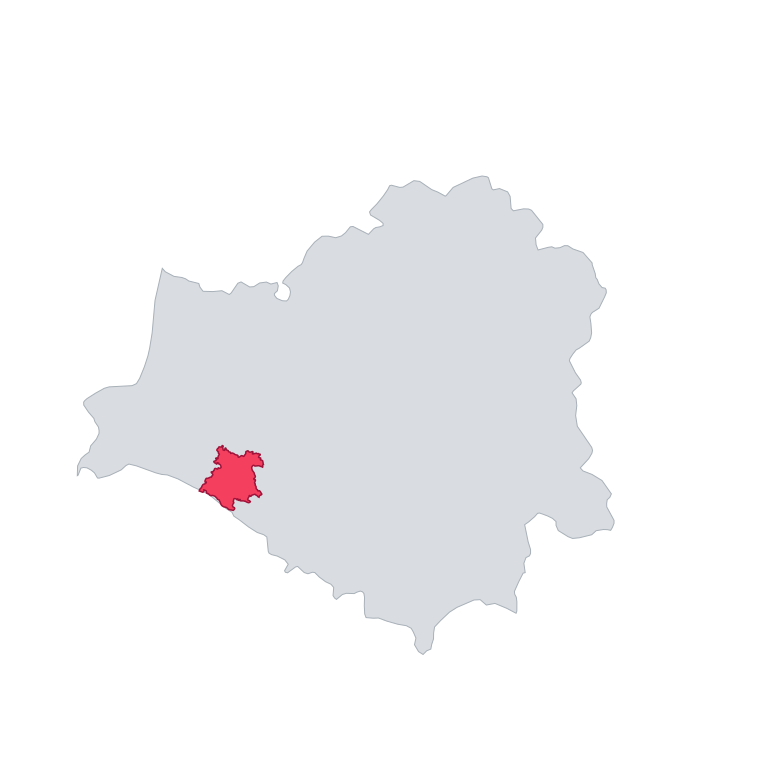 location of Pinsk, Brest, Belarus, rotated 24°
{"feature_id": "67162791B61405599198646", "entity_name": "Pinsk", "entity_type": "district", "adm_level": 2, "iso_a3": "BLR", "parent_name": "Belarus", "parent_adm1": "Brest", "projection": "mercator", "projection_center": [26.193, 52.204], "detail": "fine", "context": "in_parent", "style": "filled", "palette": "rose", "viewbox_px": 768, "rotation_deg": 24, "n_neighbors": 0, "source": "geoboundaries", "source_scale": "gbopen_adm2", "svg_char_len": 9820}
<svg xmlns="http://www.w3.org/2000/svg" viewBox="0 0 768 768"><g transform="rotate(24 384 384)"><path d="M597.9,539.7L587.3,539.0L574.6,539.3L567.4,544.3L559.6,541.9L554.1,544.7L541.5,558.4L536.6,565.8L531.9,577.1L529.0,585.4L530.6,591.3L532.9,596.7L533.5,602.5L534.6,607.1L531.5,610.4L529.7,615.2L524.4,614.4L517.9,609.8L516.5,603.1L511.5,598.5L508.2,596.1L502.8,595.7L494.1,597.9L482.7,599.5L474.2,600.0L469.5,602.3L462.6,604.7L459.9,601.9L456.1,594.4L453.0,586.8L450.8,583.5L448.9,582.6L446.6,582.8L443.9,585.2L442.0,587.6L434.8,590.5L431.6,593.2L428.2,600.1L425.9,599.6L423.5,598.0L420.8,590.3L417.0,588.5L411.0,588.4L403.5,586.7L397.5,584.4L395.3,585.0L391.7,588.3L387.8,588.7L379.3,585.8L377.6,587.1L372.7,595.7L370.4,596.1L369.1,595.0L369.8,587.6L364.9,585.0L356.5,584.6L350.7,585.6L347.8,585.3L346.3,583.9L339.2,571.4L335.4,570.6L328.6,571.2L318.5,569.7L307.0,566.9L300.6,565.8L297.3,563.0L290.2,562.0L271.0,556.7L263.2,555.8L251.7,555.7L234.2,554.5L223.0,555.2L217.8,557.0L211.7,558.0L191.0,559.5L183.5,560.9L181.4,563.5L178.9,569.3L170.3,579.3L162.0,585.9L160.5,586.4L155.6,582.9L151.6,581.8L146.8,581.4L143.4,582.5L141.3,584.2L141.6,591.8L141.1,592.5L137.4,583.4L137.7,575.1L139.8,570.4L142.3,566.2L141.2,559.8L143.7,551.3L143.8,545.2L142.7,542.5L140.7,539.5L135.3,536.1L132.9,533.4L125.5,529.9L118.3,525.4L117.0,522.7L117.4,520.9L118.7,518.0L124.2,509.7L130.2,501.7L134.1,498.4L154.5,488.0L157.7,484.4L158.5,478.2L158.1,465.7L156.9,454.3L155.3,446.4L151.4,431.6L140.8,400.7L134.4,368.5L138.5,370.4L148.3,371.1L156.1,368.9L160.1,368.6L163.7,369.3L173.9,367.5L176.5,370.4L181.0,372.9L190.0,369.2L198.0,364.7L206.2,365.2L207.4,362.9L209.5,351.4L211.9,348.9L221.8,350.0L225.5,348.0L229.3,342.3L235.1,338.7L240.0,338.7L245.0,334.8L247.5,337.4L248.7,342.2L247.1,346.0L247.8,347.5L251.3,349.4L257.3,349.3L261.2,347.8L262.1,345.6L262.1,341.6L261.1,337.9L258.6,334.7L253.8,333.1L250.4,333.0L249.9,331.0L251.0,326.7L254.0,318.6L257.6,311.4L259.8,308.6L260.2,306.1L259.8,301.7L259.7,293.8L262.9,282.6L267.3,274.2L273.2,271.5L280.4,270.0L285.0,266.0L287.3,261.4L289.3,254.1L291.6,252.7L308.9,253.6L311.5,246.3L313.0,244.3L316.3,242.1L318.7,239.6L317.8,237.6L313.4,236.3L303.0,235.1L300.8,232.7L301.5,229.8L304.3,222.3L306.9,212.6L308.3,205.0L308.5,200.6L309.9,199.4L318.4,198.0L321.3,196.4L328.6,186.1L334.2,184.4L348.5,187.0L355.1,186.8L363.5,187.5L364.2,186.5L367.2,176.3L381.4,159.8L389.0,154.1L393.8,152.8L395.5,153.1L403.1,161.8L404.9,162.2L410.0,158.5L418.8,158.2L422.9,161.3L428.7,171.9L431.7,173.2L440.3,167.2L445.0,165.3L448.1,165.3L464.2,173.6L465.4,176.2L465.5,179.3L463.0,189.0L466.3,194.9L470.2,198.9L478.5,192.3L481.5,190.4L484.9,190.4L489.3,187.9L492.6,184.2L495.7,182.9L501.6,183.8L512.3,182.9L524.8,188.7L525.8,190.5L532.1,197.3L534.2,200.7L536.3,201.8L539.6,205.1L544.0,207.2L547.1,206.5L548.6,207.6L550.0,210.3L550.1,214.7L549.6,227.3L545.2,233.9L544.6,236.2L544.8,239.0L548.3,244.4L552.9,252.9L554.0,257.7L554.0,261.4L547.7,272.1L545.7,274.6L544.3,279.9L543.5,285.2L543.9,287.4L554.3,295.9L562.0,300.5L563.7,302.7L563.9,304.1L559.8,313.2L559.4,315.6L565.5,319.4L568.9,325.3L571.9,334.9L577.8,344.0L599.5,357.4L601.5,359.8L602.1,362.7L601.4,368.9L597.4,380.8L601.2,382.5L610.8,382.0L622.4,383.5L636.4,391.9L636.4,395.6L635.0,399.0L636.0,402.6L637.5,405.7L649.6,415.0L650.8,417.7L651.0,422.2L650.6,425.5L647.3,426.2L643.6,427.7L637.5,431.7L635.1,437.2L625.2,444.9L619.1,448.4L614.3,448.6L602.8,447.0L598.7,443.2L597.1,439.7L592.6,438.2L586.7,438.0L578.6,438.6L576.9,439.7L575.6,443.9L572.2,451.2L569.7,455.3L580.0,469.7L585.2,475.6L586.8,479.2L586.8,481.8L584.3,484.8L584.7,490.9L589.7,498.9L588.0,500.2L587.5,509.9L587.5,520.4L588.9,522.9L591.6,525.0L593.9,528.8L597.7,537.4L597.9,539.7Z" fill="#d9dde1" stroke="#a8b0b8" stroke-width="1"/><path d="M315.9,538.3L315.8,537.9L315.8,537.7L315.7,537.3L315.8,536.9L316.0,536.3L316.3,535.9L316.5,535.6L316.8,535.4L317.1,534.9L317.2,534.7L317.2,534.4L317.1,534.2L316.8,534.0L316.2,533.6L315.7,533.3L315.1,532.8L314.4,532.4L313.9,532.3L313.6,532.2L313.2,532.4L312.5,532.9L312.2,532.9L311.9,532.7L311.7,532.4L311.4,532.1L311.0,531.9L310.4,531.9L309.9,531.7L309.7,531.4L309.2,530.4L308.9,529.9L308.8,529.7L308.5,529.5L308.0,529.2L307.6,528.9L307.3,528.6L307.3,528.2L307.1,527.8L306.8,527.5L306.2,527.2L305.9,526.9L305.9,526.5L305.8,524.5L305.7,524.3L305.6,524.0L305.2,523.8L304.9,523.9L304.7,524.1L304.3,524.1L303.9,524.0L303.6,523.7L303.5,523.3L304.1,522.7L304.2,521.2L304.1,520.8L303.8,520.4L302.3,519.1L301.8,518.3L301.5,518.0L300.0,517.1L298.8,516.4L298.6,516.2L298.2,515.7L297.7,515.1L297.1,514.2L297.1,513.7L297.0,513.1L297.1,512.7L297.3,512.1L297.4,511.8L297.7,511.5L298.1,511.2L298.5,511.3L298.9,511.4L299.2,511.5L299.8,511.3L302.0,510.0L302.6,509.7L303.2,509.5L303.7,509.5L304.9,509.5L305.2,509.3L305.8,509.2L306.4,509.4L306.9,509.4L307.0,509.0L306.6,508.6L306.3,507.8L306.3,507.2L306.3,506.8L306.6,506.6L306.0,505.9L305.6,505.2L304.8,504.1L304.5,503.6L303.8,503.4L303.1,503.3L302.6,503.5L302.4,503.6L302.1,503.6L301.9,503.5L301.8,503.2L301.8,502.9L301.8,502.6L301.6,502.1L301.4,501.8L301.1,501.8L300.7,501.9L300.3,502.0L299.6,502.1L299.2,501.9L299.2,501.5L299.1,500.7L299.2,500.0L299.4,499.6L299.8,499.2L299.7,498.9L299.5,498.6L299.0,498.7L298.7,498.8L298.3,498.8L298.0,498.6L297.7,498.6L297.4,498.7L297.1,499.0L296.8,499.1L296.5,499.2L296.2,499.2L295.8,499.1L295.4,499.1L294.7,499.8L294.1,500.1L293.9,500.3L293.1,501.0L292.4,501.3L292.2,501.3L292.1,501.1L292.1,500.3L292.1,499.7L291.8,499.3L291.4,499.3L291.1,499.3L290.6,499.8L290.0,500.3L289.6,500.7L289.1,500.9L288.7,500.9L288.3,500.9L287.2,500.4L286.8,500.4L286.5,500.6L286.3,500.9L285.6,501.5L285.4,502.0L285.4,502.5L285.7,502.9L285.9,503.3L285.9,504.2L285.9,504.6L285.8,505.1L285.6,505.5L285.5,506.3L285.5,506.8L285.2,507.2L284.0,507.2L283.2,507.3L282.8,507.5L282.0,508.8L281.9,509.1L281.2,509.9L280.9,510.0L280.5,510.0L280.3,509.9L279.9,509.1L279.7,508.8L279.4,508.7L278.9,508.6L278.2,508.8L277.8,508.9L276.1,509.0L275.8,508.9L275.2,508.6L274.8,508.6L274.5,508.7L273.6,508.7L273.3,508.9L273.1,509.1L272.6,509.5L272.4,509.6L272.2,509.7L271.7,508.9L271.3,508.8L270.5,509.0L269.8,509.0L269.4,509.0L268.9,508.3L268.4,508.2L267.9,508.2L267.5,508.3L266.8,508.1L266.5,507.8L266.2,507.6L265.7,507.0L265.3,506.9L265.0,507.1L265.0,507.5L265.0,508.1L265.2,508.6L265.3,508.9L265.4,509.3L265.1,509.6L264.5,509.7L263.9,509.7L263.7,509.5L263.3,508.7L262.7,508.0L262.5,507.7L262.4,507.2L262.5,506.7L262.4,506.3L261.9,505.9L261.6,505.9L261.2,506.1L261.2,506.6L261.2,507.1L261.4,507.3L261.2,507.7L260.9,507.8L259.5,508.3L259.0,508.5L258.7,508.9L258.7,509.6L258.6,510.3L258.2,510.8L258.1,512.2L258.2,512.4L258.5,512.7L259.0,512.9L260.1,513.3L260.4,513.4L260.5,513.7L260.6,514.3L261.0,514.6L261.8,514.9L262.1,515.1L262.1,515.5L262.0,516.4L261.9,516.9L262.1,518.3L262.1,518.6L262.2,518.9L262.4,519.1L262.6,519.3L262.6,519.6L262.5,519.9L262.2,520.0L261.8,519.8L261.5,519.6L260.9,519.7L260.7,519.9L260.5,520.4L260.7,520.7L261.2,521.0L261.7,521.3L261.7,521.7L261.6,522.2L261.3,522.6L261.0,522.9L260.7,523.3L260.2,523.6L260.1,524.1L260.3,524.3L260.7,524.7L261.3,524.9L262.4,524.9L262.7,524.9L263.2,525.2L263.7,525.2L263.9,524.8L264.0,524.3L263.7,524.0L263.7,523.7L264.6,523.5L265.1,523.6L265.1,523.8L265.3,524.2L265.9,524.2L267.2,524.3L267.7,524.7L268.2,525.2L268.8,525.9L269.1,526.6L268.6,527.5L268.1,527.9L267.5,528.0L267.2,527.9L266.7,528.0L266.6,528.5L266.7,529.2L266.2,529.6L265.8,529.6L265.4,529.5L265.2,529.5L264.6,529.7L264.2,529.7L263.9,530.0L263.7,530.5L263.7,531.0L264.0,531.8L263.9,532.2L263.6,532.5L263.5,533.0L263.6,533.6L263.3,534.0L262.9,534.0L262.4,534.2L262.0,534.7L262.3,535.2L262.9,535.4L263.5,535.6L263.9,535.9L264.4,536.2L264.6,536.8L264.3,537.4L264.2,538.0L264.3,538.4L264.2,539.2L263.6,539.4L263.1,539.9L262.0,541.2L261.0,542.1L260.3,542.3L260.0,542.5L259.9,542.9L259.8,544.0L259.9,545.2L259.9,545.5L260.3,546.1L260.6,546.2L261.1,546.2L261.5,545.9L261.8,546.4L261.7,546.8L261.0,547.3L261.0,547.8L260.9,548.3L260.6,548.5L260.1,548.8L259.6,549.4L259.4,550.1L259.3,550.8L259.3,553.0L259.1,553.5L258.8,554.1L258.6,554.8L258.6,556.3L258.7,556.9L259.6,556.8L261.7,556.7L262.5,556.6L263.1,555.8L262.9,554.9L262.9,554.3L262.6,554.0L263.3,553.8L263.9,554.0L265.1,554.0L265.8,554.9L265.9,555.4L266.3,555.8L268.4,555.7L269.3,556.1L270.6,556.5L271.5,556.3L272.3,555.7L273.4,555.4L274.3,555.3L275.6,555.4L276.5,555.8L277.9,556.3L278.7,557.0L279.6,557.0L280.7,557.0L281.0,557.5L281.7,558.0L282.7,558.9L283.5,559.7L284.2,560.4L285.4,561.1L287.2,561.4L288.3,561.2L289.5,561.0L290.4,560.9L291.6,561.2L293.1,561.8L295.2,561.4L295.9,561.1L297.6,560.8L297.8,560.5L298.3,559.3L298.3,558.6L298.0,558.1L297.6,557.8L296.6,557.8L296.0,557.7L295.7,557.3L295.2,557.0L294.9,556.5L294.9,554.7L295.1,554.1L295.1,553.7L295.0,553.4L294.6,553.2L294.5,552.9L294.1,552.7L293.9,551.6L293.7,551.1L293.7,550.7L293.6,550.1L293.7,549.7L294.2,549.4L294.5,549.3L295.1,549.2L295.5,549.2L296.0,549.2L296.4,549.5L296.7,549.2L296.7,548.7L297.0,548.5L297.4,548.5L297.7,549.0L297.8,549.4L298.0,549.4L298.3,549.5L298.7,549.3L298.8,549.1L299.1,548.3L299.3,548.2L299.6,548.1L299.8,548.5L299.8,548.8L299.9,549.1L300.1,549.1L300.5,549.1L301.2,548.8L301.8,548.6L302.1,548.4L303.0,548.0L303.4,547.9L303.9,547.8L304.3,547.8L304.6,547.6L304.9,547.5L305.9,547.7L307.4,547.7L308.4,547.6L309.3,547.0L309.6,546.6L309.7,546.1L309.7,545.7L309.1,545.5L308.9,545.5L308.4,545.3L306.9,545.3L306.5,545.1L306.4,544.6L306.3,544.1L306.3,543.5L306.4,542.6L306.5,542.1L306.6,541.6L306.6,541.3L306.3,541.1L306.3,540.8L306.6,540.5L306.8,540.5L307.1,540.7L307.2,540.9L307.6,540.9L308.0,540.8L308.2,540.4L308.4,540.0L308.5,539.5L308.6,539.2L309.4,538.5L309.7,538.2L310.0,538.1L310.4,537.6L310.8,537.3L311.1,537.2L311.9,537.5L312.4,537.6L313.2,537.5L313.6,537.7L314.2,538.0L314.7,538.2L315.0,538.3L315.9,538.3Z" fill="#f43f5e" stroke="#9f1239" stroke-width="1.5"/></g></svg>